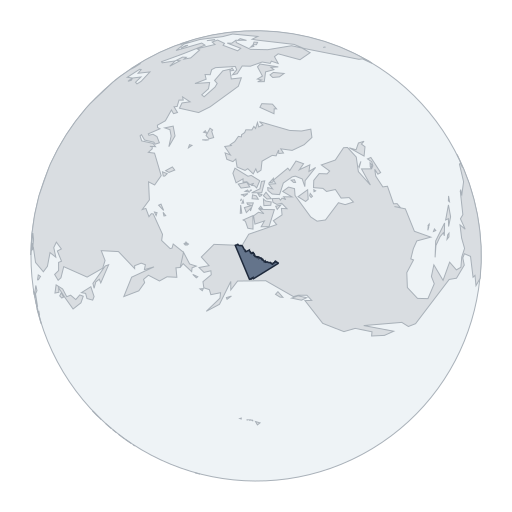 Yukon on an orthographic globe, rotated 329°
{"feature_id": "CAN-636", "entity_name": "Yukon", "entity_type": "Territory", "adm_level": 1, "iso_a3": "CAN", "parent_name": "Canada", "parent_adm1": "", "projection": "orthographic", "projection_center": [-131.937, 64.827], "detail": "fine", "context": "on_globe", "style": "filled", "palette": "slate", "viewbox_px": 512, "rotation_deg": 329, "n_neighbors": 0, "source": "natural_earth", "source_scale": "10m", "svg_char_len": 14331}
<svg xmlns="http://www.w3.org/2000/svg" viewBox="0 0 512 512"><g transform="rotate(329 256 256)"><circle cx="256" cy="256" r="225" fill="#eef3f6" stroke="#a8b0b8"/><path d="M95.0,413.5L95.5,414.1L95.4,413.9L95.0,413.5ZM436.7,390.5L429.3,394.7L433.7,385.4L431.1,386.0L439.7,366.8L435.8,361.4L432.3,364.1L429.8,371.1L416.4,378.3L409.5,375.6L357.9,396.2L350.3,394.9L346.8,388.0L312.5,371.1L335.3,391.4L325.2,390.2L313.9,384.1L316.4,380.7L303.7,369.1L292.4,366.1L278.5,348.1L275.0,319.4L280.9,322.8L279.4,315.8L271.8,311.3L267.2,310.1L251.6,282.2L227.3,268.0L216.9,272.1L221.3,264.8L199.8,278.6L184.9,277.8L203.4,273.6L206.7,269.2L197.4,265.9L198.7,260.8L194.9,256.4L197.3,250.7L208.0,249.0L209.7,245.4L203.0,243.3L201.2,236.5L210.8,240.1L208.6,228.7L226.0,224.4L249.5,239.8L261.0,233.6L289.9,239.7L289.1,234.7L299.5,234.2L302.3,228.3L306.9,231.4L305.2,224.1L300.5,222.5L298.2,218.8L299.5,215.2L305.5,218.5L305.7,220.7L308.2,219.8L310.6,223.0L310.1,219.4L317.3,223.9L312.1,214.4L319.4,213.7L323.7,218.1L320.6,224.3L323.0,250.7L326.3,257.6L334.1,260.9L354.1,252.8L358.9,257.9L367.3,259.9L365.9,253.9L358.8,250.2L358.3,239.9L349.7,237.0L348.2,232.5L340.5,227.0L344.5,220.9L352.6,217.9L359.2,222.2L362.9,221.1L358.9,211.6L373.4,214.6L386.8,208.3L390.3,210.1L392.9,222.8L387.2,236.4L390.6,254.1L391.3,235.7L399.9,240.8L402.6,238.9L403.7,234.8L401.6,230.2L405.2,230.7L405.8,248.7L402.6,248.6L402.4,242.8L399.8,249.3L400.3,262.1L404.6,263.9L400.8,282.1L403.9,283.8L404.7,288.8L400.1,284.9L408.3,292.5L404.5,316.4L415.6,329.9L401.6,325.9L394.7,330.7L387.2,338.2L389.0,340.5L376.7,347.9L369.5,361.0L372.6,375.5L381.4,381.1L394.5,371.6L395.8,363.9L403.9,355.2L403.8,373.2L418.8,361.0L420.6,371.1L425.8,371.2L431.9,362.8L438.7,356.9L441.5,346.5L446.9,334.4L449.1,340.8L450.4,329.4L454.6,327.1L464.1,306.5L463.9,309.6L472.2,299.2L477.7,282.1L479.0,281.6L478.6,286.7L479.7,280.1L479.7,281.7L480.7,272.5L478.9,288.3L476.1,304.0L472.1,319.5L467.1,334.6L461.0,349.4L453.9,363.7L445.8,377.4L436.7,390.5ZM170.2,401.5L170.3,397.6L173.5,401.1L170.2,401.5ZM168.2,394.6L168.6,396.1L167.8,394.7L168.2,394.6ZM166.2,393.1L167.6,394.2L165.9,393.4L166.2,393.1ZM163.4,391.6L164.9,392.3L164.7,392.4L163.4,391.6ZM417.8,335.6L434.7,324.8L427.8,335.7L428.6,332.6L423.8,334.2L415.6,339.7L408.8,349.4L417.8,335.6ZM159.4,388.1L158.4,387.0L159.9,387.3L159.4,388.1ZM419.2,320.0L416.5,322.5L418.8,319.4L419.2,320.0ZM264.9,310.5L271.5,311.8L277.9,317.8L272.2,317.3L264.9,310.5ZM253.0,298.9L256.4,297.9L257.8,305.3L255.4,303.6L253.0,298.9ZM209.2,276.4L214.3,277.7L208.9,278.2L209.2,276.4ZM194.0,256.8L192.1,258.1L191.0,255.3L194.0,256.8ZM338.8,230.8L339.7,229.0L340.7,230.9L338.8,230.8ZM334.7,230.3L335.2,233.9L333.4,234.2L333.0,232.0L334.7,230.3ZM193.6,244.0L192.3,239.2L195.4,243.8L193.6,244.0ZM334.4,225.8L329.9,234.3L326.6,234.8L322.6,226.8L334.4,225.8ZM192.8,236.3L189.6,225.0L185.1,226.8L195.8,215.5L195.0,228.7L199.6,233.9L195.1,233.2L192.8,236.3ZM298.5,223.5L303.5,225.1L298.2,227.0L298.5,223.5ZM295.6,225.7L282.3,237.5L275.5,233.6L281.3,230.3L271.5,228.1L274.6,220.3L280.7,219.8L284.6,223.8L282.9,217.8L295.6,225.7ZM202.3,211.2L203.1,208.3L204.3,211.0L202.3,211.2ZM296.9,217.5L294.8,220.1L288.7,216.9L291.7,211.0L292.7,213.9L296.9,217.5ZM267.3,231.4L263.3,228.0L264.8,220.8L263.5,218.5L274.1,219.8L267.3,231.4ZM294.8,212.8L293.4,208.1L297.4,206.5L298.5,214.7L294.8,212.8ZM285.9,218.5L283.1,216.7L285.6,215.8L285.9,218.5ZM310.9,198.4L308.6,201.4L305.2,200.0L310.9,198.4ZM292.7,206.4L291.3,207.0L289.7,206.8L289.7,203.5L292.7,206.4ZM274.4,214.6L275.9,212.4L270.1,213.8L271.0,208.5L278.0,210.4L275.3,207.4L275.6,205.8L281.0,209.1L274.4,214.6ZM284.8,199.6L294.0,200.4L299.1,194.9L302.2,196.1L293.5,204.7L284.8,199.6ZM282.1,204.9L284.5,201.8L287.2,204.6L287.2,208.5L282.1,204.9ZM269.1,204.4L265.9,211.9L264.5,211.3L269.1,204.4ZM285.8,197.4L283.6,197.3L285.8,196.7L285.8,197.4ZM273.6,201.6L272.7,204.3L271.1,203.5L273.6,201.6ZM279.9,194.9L282.8,195.1L282.9,197.6L279.9,194.9ZM276.6,197.5L274.6,195.7L281.2,198.4L276.4,198.8L276.6,197.5ZM272.3,200.4L271.0,200.8L272.9,199.4L272.3,200.4ZM277.8,185.2L286.0,188.0L286.3,193.6L278.2,190.1L277.8,185.2ZM453.3,147.2L454.6,150.5L448.8,141.9L445.5,140.4L403.9,102.7L397.6,94.2L367.6,71.1L364.3,68.2L370.6,68.7L350.3,53.7L340.5,50.8L319.4,41.5L303.7,37.3L293.3,38.7L319.1,45.5L320.9,49.0L298.0,45.2L275.1,40.8L275.1,42.1L287.3,47.2L279.8,48.9L291.3,49.5L288.3,47.2L295.5,47.7L298.6,49.8L295.8,50.2L302.1,52.6L313.8,50.4L312.0,47.9L329.8,53.6L328.6,50.0L334.3,51.1L338.5,57.5L336.3,58.5L346.0,70.7L349.9,70.1L341.0,58.7L344.8,61.1L350.0,60.7L349.0,62.9L357.7,76.0L372.3,85.2L394.8,94.1L402.5,101.4L407.1,109.6L394.8,110.4L379.1,94.1L374.5,94.6L374.2,102.4L369.5,96.9L367.4,98.2L361.2,92.9L348.9,90.4L342.0,86.0L333.8,90.1L329.2,88.6L335.3,86.5L335.9,82.9L318.3,73.7L314.0,73.4L310.1,77.0L305.8,74.2L304.3,78.8L292.5,76.7L305.6,83.4L301.4,88.2L292.5,89.9L293.5,92.8L307.9,90.1L311.6,88.1L310.9,84.2L322.9,80.2L329.7,82.4L326.0,91.5L335.2,95.7L328.3,101.4L293.5,104.5L280.7,103.5L266.5,89.9L271.4,86.7L278.9,89.9L275.0,81.8L273.9,84.9L270.3,82.7L265.4,87.2L262.6,85.9L262.6,92.6L258.6,91.5L258.7,87.3L248.0,93.4L238.8,93.1L237.8,95.2L239.2,97.5L226.6,95.8L226.4,97.4L230.4,98.6L232.6,102.6L231.5,109.2L227.2,108.2L227.0,105.7L220.2,99.2L220.3,93.0L218.5,93.3L217.3,98.5L225.7,106.4L226.2,110.6L221.5,107.3L223.3,108.8L222.2,110.7L217.1,111.7L222.0,115.6L216.1,138.3L205.7,142.9L202.1,137.1L193.5,153.0L182.4,157.6L186.1,158.5L184.5,167.2L188.0,165.8L189.6,167.0L187.0,189.3L183.1,194.1L186.2,205.4L188.1,206.0L191.2,203.1L195.8,215.5L185.1,226.8L181.3,224.9L177.2,233.5L169.0,228.0L160.4,227.7L153.9,217.1L147.6,218.1L146.8,221.5L137.6,225.5L121.8,222.7L138.5,210.1L163.0,212.8L153.3,210.2L156.7,206.5L153.9,203.0L147.0,201.8L145.5,204.3L140.4,181.4L126.1,171.7L124.3,182.1L118.3,187.5L100.4,187.1L85.7,166.1L77.6,174.2L73.9,174.9L73.9,168.1L79.3,166.8L83.5,159.8L86.6,160.3L88.3,149.4L92.8,149.7L92.0,141.3L87.0,144.6L83.8,153.9L81.2,147.0L71.9,157.4L65.6,160.0L63.7,148.0L69.6,134.0L68.8,134.1L73.9,127.2L76.5,121.4L63.8,138.4L63.4,139.1L74.6,122.4L87.3,106.8L101.2,92.3L101.4,92.2L113.4,82.2L124.3,73.3L127.2,71.1L141.2,62.2L155.7,54.3L170.8,47.5L186.3,41.8L192.1,40.0L223.1,33.2L226.6,32.8L232.6,32.0L244.0,31.3L249.0,31.7L256.3,31.5L245.2,31.0L261.8,30.8L278.3,31.8L294.8,34.1L302.2,35.9L300.5,36.0L300.8,36.1L304.8,36.4L308.7,38.0L300.7,35.2L316.6,39.0L332.1,43.9L347.2,50.0L361.8,57.1L375.9,65.3L389.3,74.4L402.1,84.5L414.1,95.5L425.3,107.3L435.6,119.9L444.9,133.3L453.3,147.2ZM231.6,32.0L226.9,32.7L225.3,32.8L231.6,32.0ZM421.0,111.8L422.8,112.4L422.8,112.5L421.0,111.8ZM252.5,36.0L237.7,36.5L241.6,39.7L236.2,40.3L239.5,41.2L241.9,39.9L249.6,43.3L242.2,45.0L242.6,47.2L247.6,47.1L259.9,43.6L249.0,38.6L253.6,37.1L252.5,36.0ZM464.3,305.8L465.7,304.5L464.4,307.9L464.3,305.8ZM428.3,340.1L431.2,336.6L433.2,335.8L431.2,339.0L428.3,340.1ZM449.3,307.8L452.0,303.7L449.8,309.2L449.3,307.8ZM437.1,322.8L447.3,311.3L443.0,322.6L436.3,329.9L440.1,323.1L437.1,322.8ZM420.7,326.4L422.9,324.7L423.2,326.8L420.7,326.4ZM420.9,317.8L420.3,318.9L418.6,318.8L420.9,317.8ZM399.9,239.8L399.9,238.3L401.8,234.8L402.2,237.7L399.9,239.8ZM402.0,211.9L407.7,213.3L404.0,214.3L405.7,218.5L400.1,226.0L391.7,211.3L396.5,216.5L402.0,211.9ZM390.2,232.3L394.7,228.9L390.1,233.2L390.2,232.3ZM362.3,111.6L361.3,108.0L365.4,107.6L374.1,114.0L368.3,114.5L362.3,111.6ZM359.0,103.1L352.9,110.8L347.2,107.5L351.4,108.0L348.3,105.0L354.2,105.1L354.7,94.6L358.4,93.6L372.5,105.4L365.9,101.9L367.3,105.5L359.0,103.1ZM347.4,139.2L344.7,143.3L335.9,130.6L339.4,128.4L348.3,134.3L349.4,140.5L347.4,139.2ZM328.2,210.4L327.8,213.3L326.1,212.3L325.1,209.1L328.2,210.4ZM310.1,199.9L328.5,197.1L328.9,200.2L339.2,195.2L344.3,201.4L337.5,204.4L349.1,205.6L344.9,210.8L352.7,210.8L336.9,216.7L333.6,221.7L335.3,213.7L330.8,207.8L327.8,206.8L317.0,207.5L307.8,215.5L301.8,211.2L300.0,206.0L301.3,203.4L304.8,207.0L304.0,201.0L310.1,204.2L310.1,199.9ZM282.6,151.7L286.1,156.2L285.6,146.0L291.7,148.6L291.2,147.3L296.7,147.0L302.5,144.4L304.9,146.4L306.1,144.6L309.8,144.4L312.3,142.6L317.4,145.8L320.9,143.8L321.3,146.5L326.0,142.3L324.8,146.8L329.4,147.3L328.1,142.6L349.5,165.7L359.4,172.3L368.3,175.5L365.0,183.2L354.6,185.4L341.4,184.1L332.4,176.9L332.6,181.9L328.3,179.9L329.9,176.8L324.8,180.5L321.7,178.1L310.0,177.8L304.5,185.0L300.1,185.2L300.7,181.2L295.9,184.2L293.9,176.9L290.7,177.0L285.6,170.0L288.6,162.5L284.8,163.2L280.8,158.1L282.6,151.7ZM276.6,183.0L278.8,173.2L283.2,169.9L290.2,183.5L293.4,184.5L298.0,193.4L291.6,198.0L290.8,195.0L288.6,193.2L291.5,192.5L287.5,191.7L286.4,187.6L283.0,186.0L284.6,183.2L276.6,183.0ZM358.9,66.3L356.0,64.3L351.2,61.7L354.4,61.5L358.9,66.3ZM365.2,75.1L362.3,73.4L364.5,71.6L367.4,73.7L365.2,75.1ZM358.9,74.2L362.0,73.5L362.1,75.2L358.9,74.2ZM332.5,85.4L329.3,84.1L329.7,83.0L332.3,82.6L332.5,85.4ZM282.4,122.8L283.7,125.7L282.3,126.2L280.7,132.7L276.1,131.4L275.3,127.0L282.4,122.8ZM298.7,39.1L304.3,39.5L306.2,40.4L303.9,40.0L298.7,39.1ZM331.5,49.3L324.8,46.1L332.4,49.3L331.5,49.3ZM277.1,122.5L277.0,125.3L274.8,122.9L277.1,122.5ZM272.6,130.9L269.7,128.7L275.3,132.1L272.6,130.9ZM47.3,171.1L46.6,173.5L45.8,175.3L47.0,171.9L47.3,171.1ZM46.3,176.2L45.2,178.1L47.3,173.3L46.3,176.2ZM67.1,135.5L69.9,130.6L70.9,129.7L67.9,135.3L67.1,135.5ZM60.8,162.5L57.3,164.3L56.5,163.9L59.6,160.1L60.8,162.5ZM237.6,117.4L245.0,109.5L247.3,103.4L243.8,99.2L251.9,102.0L248.4,111.4L237.6,117.4ZM219.2,135.7L222.3,139.7L218.9,140.5L217.7,139.7L219.2,135.7ZM222.5,136.3L230.2,136.6L230.6,140.5L224.4,139.5L222.5,136.3ZM253.8,128.5L256.3,126.3L258.1,128.2L253.8,128.5ZM95.4,413.9L92.0,410.4L95.0,413.5L95.4,413.9ZM53.4,354.5L53.7,355.2L54.4,356.5L53.9,355.5L53.4,354.5ZM51.4,350.2L49.5,346.0L49.3,345.6L51.4,350.2ZM50.7,348.7L50.1,347.1L52.4,352.3L50.7,348.7ZM46.4,338.4L49.2,345.3L46.3,338.0L46.4,338.4ZM45.4,335.7L43.8,331.3L43.8,331.2L45.4,335.7ZM40.8,322.1L43.1,329.4L42.1,326.5L40.8,322.1ZM36.0,304.5L37.5,310.3L38.3,313.3L37.3,310.2L36.0,304.5ZM36.4,305.0L37.9,311.3L39.1,316.4L38.9,315.7L36.4,305.0ZM37.8,200.2L39.9,192.5L41.0,188.6L41.2,188.2L39.4,195.7L37.0,203.6L37.2,202.4L37.8,200.2ZM41.0,190.1L42.2,185.5L41.6,189.0L41.0,190.1ZM43.1,183.2L44.3,180.7L42.8,185.3L43.1,183.2ZM40.1,193.1L41.6,191.0L40.0,195.1L40.1,193.1ZM47.5,174.9L42.6,187.1L47.3,173.7L52.1,167.9L50.4,172.9L47.5,174.9ZM67.2,189.1L70.1,187.2L69.9,192.1L67.9,192.0L67.2,189.1ZM71.9,207.2L70.8,192.9L70.4,181.7L68.4,185.6L64.6,184.2L69.8,177.8L73.3,184.7L72.8,193.4L76.9,194.1L79.1,200.5L84.9,198.6L87.2,201.5L81.8,206.0L71.9,207.2ZM87.5,197.5L98.6,197.3L96.3,207.4L93.3,209.7L89.2,205.4L90.7,200.3L87.5,197.5ZM100.6,200.3L102.1,195.5L121.6,186.9L125.2,187.6L109.1,199.1L109.7,195.2L105.3,195.7L100.6,200.3ZM200.6,208.4L202.9,208.3L201.0,210.2L200.6,208.4ZM191.6,166.0L193.5,167.9L191.2,169.9L191.6,166.0ZM197.7,174.3L198.9,170.7L199.4,174.9L197.7,174.3ZM201.3,162.6L200.3,169.4L198.7,162.3L201.3,162.6Z" fill="#d9dde1" stroke="#a8b0b8" stroke-width="1"/><path d="M239.3,273.0L238.5,272.5L238.4,272.5L238.4,272.4L243.7,236.2L243.8,236.2L243.8,236.3L244.1,236.4L244.4,236.5L244.7,236.5L244.8,236.5L245.1,236.5L245.5,236.7L245.3,236.6L245.8,236.9L245.9,237.0L246.1,237.0L246.3,237.4L246.6,237.7L246.7,238.0L246.8,238.1L247.0,238.2L247.1,237.9L247.1,238.0L247.1,238.3L247.2,238.5L247.4,238.6L248.2,239.2L248.3,239.2L248.3,239.3L248.5,239.5L248.8,239.5L249.0,239.6L249.2,239.8L249.3,239.8L249.5,239.8L249.5,239.7L249.3,244.4L249.3,244.5L249.5,244.8L249.6,245.0L249.7,245.3L249.6,245.5L249.7,245.8L249.7,246.1L249.6,246.4L249.5,246.5L249.4,246.5L249.5,246.7L249.4,246.8L249.5,246.9L249.4,247.0L249.5,247.1L253.1,247.4L253.0,247.5L252.8,247.5L252.7,247.5L252.9,247.8L253.0,247.8L253.1,248.0L253.1,248.3L253.1,248.5L253.1,248.8L253.3,249.0L253.2,249.3L253.3,249.4L253.3,249.5L253.2,249.6L253.1,249.8L253.0,250.1L253.3,250.2L253.4,250.3L253.4,250.5L253.4,250.8L253.2,251.0L253.3,251.2L253.3,251.4L253.3,251.5L253.7,251.6L253.7,251.4L253.8,251.4L254.1,251.3L254.4,251.3L254.4,251.5L254.5,251.7L254.9,251.3L255.0,251.3L255.1,251.5L255.3,251.4L255.4,251.5L255.1,251.8L255.0,252.0L255.3,252.3L255.4,252.5L255.5,252.7L255.6,253.0L255.4,253.2L255.4,253.3L255.4,253.6L255.0,253.9L255.0,254.0L254.8,254.2L254.7,254.4L254.6,254.5L254.8,254.7L255.0,254.6L255.0,254.9L255.1,255.0L255.3,255.0L255.2,255.3L255.1,255.5L255.1,255.8L254.9,256.0L255.0,256.2L255.4,256.2L255.6,256.5L255.8,256.5L256.0,256.9L256.1,257.1L256.3,257.1L256.4,257.3L256.3,257.5L256.2,257.6L256.2,257.8L256.4,257.7L256.5,257.8L256.6,257.7L256.8,257.6L256.9,257.4L257.2,257.5L257.3,257.6L257.5,257.8L257.6,258.0L257.7,258.4L257.8,258.5L257.7,258.6L257.7,258.8L257.9,258.9L257.8,259.1L258.0,259.0L258.0,259.3L258.3,259.5L258.6,259.7L258.7,259.8L259.0,260.0L258.9,260.2L258.8,260.3L258.9,260.5L259.1,260.4L259.2,260.5L259.5,260.7L259.5,260.8L259.7,261.2L259.6,261.3L259.6,261.5L259.3,261.8L259.2,261.9L259.2,262.1L259.3,262.1L259.5,262.3L259.7,262.6L259.7,262.8L259.9,262.9L260.1,262.8L260.1,263.1L260.0,263.3L260.0,263.5L259.9,263.6L260.0,263.8L260.1,264.0L260.2,264.3L260.3,264.3L260.4,264.5L260.3,264.8L260.5,264.7L260.7,264.9L260.9,265.0L261.0,265.0L260.8,265.2L260.8,265.3L261.0,265.5L260.9,265.6L260.8,265.8L260.9,266.0L261.0,266.1L260.9,266.3L261.0,266.4L261.2,266.5L261.4,266.5L261.5,266.5L261.8,266.7L262.0,266.5L262.3,266.6L262.6,266.8L262.6,267.0L262.8,267.1L262.8,267.3L262.9,267.5L263.0,267.5L263.3,267.8L263.3,268.0L263.5,268.1L263.7,268.4L263.9,268.5L264.0,268.6L264.5,268.7L265.0,268.9L265.0,269.0L265.2,269.4L265.2,269.6L265.3,269.9L265.3,270.1L265.3,270.3L265.2,270.3L265.3,270.5L265.4,270.4L265.5,270.4L265.5,270.7L265.6,270.9L265.6,271.0L265.7,271.3L265.7,271.5L265.8,271.6L266.0,271.5L266.3,271.4L266.6,271.4L266.8,271.4L266.9,271.2L267.0,271.1L267.3,271.3L267.4,271.2L267.5,270.9L267.9,271.1L268.2,271.1L268.6,271.2L268.9,270.9L269.2,270.9L269.5,270.9L269.5,270.7L269.5,270.4L269.8,270.4L270.0,270.4L270.0,270.5L270.1,270.8L270.3,271.0L270.2,271.1L270.1,271.3L270.0,271.5L270.4,271.9L270.5,272.0L270.8,272.2L271.0,272.4L271.0,272.6L271.1,272.9L271.3,273.2L271.5,273.4L271.5,273.6L271.5,273.8L271.8,273.8L242.0,274.2L241.8,273.9L242.1,273.0L242.2,272.9L241.0,272.8L240.4,273.2L239.5,272.7L239.4,272.7L239.3,272.9L239.3,273.0ZM246.2,236.5L246.5,236.7L246.5,236.8L246.3,236.8L246.2,236.9L246.0,236.7L245.9,236.8L246.1,236.6L246.2,236.5Z" fill="#64748b" stroke="#1e293b" stroke-width="1.5"/></g></svg>